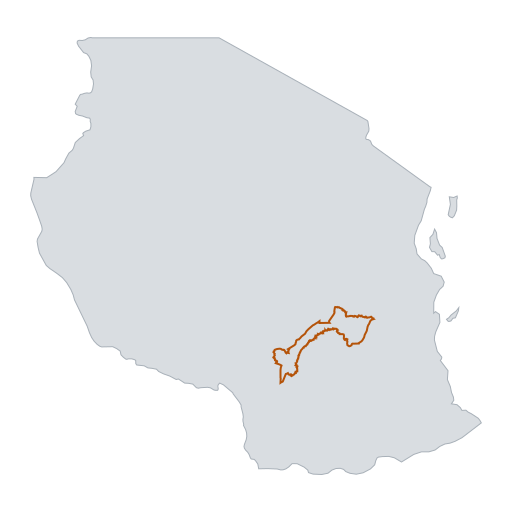 Kilombero, Morogoro, United Republic of Tanzania shown in context
{"feature_id": "72390352B25590445201102", "entity_name": "Kilombero", "entity_type": "district", "adm_level": 2, "iso_a3": "TZA", "parent_name": "United Republic of Tanzania", "parent_adm1": "Morogoro", "projection": "mercator", "projection_center": [36.337, -8.562], "detail": "fine", "context": "in_parent", "style": "outline", "palette": "amber", "viewbox_px": 512, "rotation_deg": 0, "n_neighbors": 0, "source": "geoboundaries", "source_scale": "gbopen_adm2", "svg_char_len": 9406}
<svg xmlns="http://www.w3.org/2000/svg" viewBox="0 0 512 512"><path d="M176.2,379.5L169.6,376.0L163.6,373.9L158.7,371.5L156.5,369.2L151.9,368.3L147.9,367.9L144.2,365.8L136.7,365.0L135.8,363.6L135.7,360.4L134.4,359.6L131.6,358.8L128.6,358.8L126.8,359.3L125.8,359.1L123.3,357.2L121.0,354.8L120.2,351.1L116.7,348.6L112.7,346.7L101.6,346.9L99.9,346.3L97.2,344.4L94.2,341.3L91.7,337.6L89.5,332.8L87.2,326.2L74.5,299.9L73.2,294.9L70.8,289.4L66.7,282.6L62.4,277.6L56.5,273.1L49.9,268.6L46.3,265.5L39.5,253.2L38.1,247.4L37.1,241.4L37.5,239.0L41.8,231.3L42.2,229.1L41.7,226.2L39.6,220.1L36.9,212.6L31.5,199.1L30.7,195.7L30.8,193.1L34.0,179.3L33.9,177.4L46.7,177.7L56.0,171.7L64.0,162.7L65.7,158.9L68.9,153.1L72.2,150.3L73.4,148.3L75.3,142.5L79.5,138.6L83.6,135.6L82.8,133.5L83.4,132.7L85.7,131.2L90.0,129.8L90.9,126.8L90.9,123.4L90.2,121.5L90.3,119.3L89.6,118.1L86.8,117.7L82.5,116.0L78.9,115.3L76.5,114.3L75.6,113.6L75.2,111.5L77.2,106.3L75.2,104.2L79.7,95.4L80.5,94.4L82.1,94.2L84.6,93.3L87.0,92.9L88.9,93.2L90.3,92.9L91.6,91.9L92.7,88.9L93.5,84.0L93.1,80.0L91.2,76.9L90.7,72.1L91.6,65.8L90.9,60.5L88.9,56.3L86.8,53.8L83.6,52.6L78.6,46.2L77.1,43.0L77.4,41.1L79.1,40.3L82.3,40.5L85.3,39.8L88.1,38.0L90.8,37.5L92.2,37.8L219.0,37.8L367.2,120.5L367.9,121.5L369.0,128.6L368.8,131.1L366.5,135.2L365.8,137.3L365.8,138.8L366.4,139.4L368.3,139.6L370.0,140.6L370.6,141.3L371.8,144.4L373.4,146.0L429.8,186.7L431.1,187.3L430.3,190.7L427.1,199.0L426.9,202.4L425.6,206.5L424.4,209.2L421.2,220.8L418.5,225.2L414.8,235.4L414.2,243.2L416.2,248.7L417.0,253.9L421.3,258.9L424.8,260.7L427.2,263.0L431.3,268.3L433.7,273.6L441.2,276.2L444.2,282.1L443.1,286.2L439.6,289.5L436.4,295.0L433.8,302.2L433.7,313.2L435.5,311.6L439.4,314.3L439.9,322.4L435.8,331.8L434.6,336.2L434.4,340.0L437.3,351.4L441.8,357.1L441.5,358.9L440.3,360.5L448.0,370.7L447.4,379.6L450.3,386.5L451.5,392.5L453.4,397.1L453.8,400.3L451.4,403.8L457.0,404.7L460.3,407.6L461.9,410.4L465.9,410.2L468.1,412.1L471.3,413.7L478.3,418.3L480.1,420.7L481.3,422.9L462.1,437.6L455.1,441.3L450.2,443.1L444.9,444.0L439.8,446.4L435.1,450.0L429.0,451.8L421.6,451.8L413.8,454.4L401.5,462.0L394.4,457.8L388.8,456.4L382.3,456.6L378.4,457.1L377.0,458.0L375.8,460.6L374.7,464.8L370.5,468.9L363.1,472.8L356.3,474.2L350.0,473.3L345.8,471.6L343.6,469.4L340.3,468.3L336.0,468.5L331.9,470.1L328.0,473.2L321.7,474.5L313.1,474.1L308.5,472.6L307.8,470.1L304.1,467.1L297.2,463.7L292.1,463.6L288.8,466.9L285.8,468.9L283.1,469.8L280.7,469.9L277.2,469.0L267.7,468.6L258.7,468.8L257.8,464.0L255.9,461.2L254.3,459.4L251.2,459.0L250.3,457.7L249.2,454.7L247.7,452.2L245.7,450.2L244.4,448.2L244.0,446.5L244.4,444.5L246.2,439.7L246.8,436.4L246.6,433.0L245.6,429.5L243.5,425.4L243.7,424.2L243.0,421.4L242.9,419.4L243.3,416.9L242.9,413.7L241.1,406.8L241.1,405.0L239.1,401.7L233.1,393.8L232.8,392.8L223.4,384.8L219.7,383.1L218.3,384.6L217.8,386.0L218.2,388.5L218.0,389.8L217.6,390.3L215.4,390.3L214.0,390.0L210.4,387.8L207.6,387.3L200.8,387.7L198.3,388.2L196.4,387.7L192.8,384.1L188.5,383.3L184.7,383.1L178.4,379.0L176.2,379.5ZM442.2,247.5L445.3,256.2L444.9,257.8L442.7,258.8L441.5,258.9L440.2,257.5L439.2,254.5L437.6,255.2L434.7,251.7L431.9,251.6L429.5,247.4L430.4,243.8L429.9,237.6L432.9,234.4L434.6,229.1L436.5,232.7L437.0,238.4L439.6,245.1L442.2,247.5ZM457.1,196.0L457.3,198.0L456.7,199.9L456.8,206.1L456.6,210.1L454.3,215.8L452.4,217.8L450.7,217.2L449.3,216.3L448.2,214.7L450.4,204.4L449.3,196.8L453.7,197.5L457.1,196.0ZM450.9,321.0L448.7,321.5L447.8,321.0L446.5,319.3L448.8,317.8L451.1,315.0L456.3,310.9L458.8,307.6L458.4,310.8L455.4,317.8L452.9,318.3L450.9,321.0Z" fill="#d9dde1" stroke="#a8b0b8" stroke-width="1"/><path d="M300.0,338.3L299.2,338.9L299.0,339.4L297.3,339.7L296.6,340.2L296.2,340.6L296.1,341.8L295.6,343.0L295.6,343.9L294.8,344.7L294.7,345.0L288.2,349.0L289.1,349.4L289.0,349.6L288.5,349.6L288.3,349.9L288.5,351.1L288.4,351.9L288.3,352.2L288.6,353.0L288.0,352.9L287.2,352.2L286.4,353.3L285.7,352.7L284.7,350.6L284.3,350.0L283.9,349.8L283.6,350.0L282.8,349.7L282.3,349.8L281.5,349.4L281.1,349.0L280.5,348.8L279.5,348.7L277.1,349.0L275.0,349.7L274.6,350.0L274.4,351.1L274.1,351.3L273.7,351.4L273.5,352.1L273.9,352.3L273.9,352.7L274.7,353.7L274.5,354.0L274.4,354.4L274.5,354.5L274.5,354.8L274.7,355.0L274.8,355.5L274.3,356.0L274.1,356.5L273.6,356.9L273.4,357.4L274.0,357.6L274.3,357.5L274.6,357.9L274.6,358.2L274.4,358.2L274.3,358.4L274.8,358.8L274.8,359.0L275.1,359.3L275.2,359.7L274.9,359.8L275.0,360.3L275.4,360.5L275.7,360.3L276.2,360.8L276.2,361.1L276.9,361.0L277.1,361.3L277.1,361.8L276.8,361.9L275.8,363.2L279.1,364.3L280.4,364.9L281.5,365.5L280.8,367.6L280.5,370.0L280.5,377.8L280.7,378.4L280.5,382.8L281.5,382.1L282.4,381.8L282.8,381.5L285.8,374.0L286.8,373.7L287.6,373.4L287.7,373.2L287.9,373.1L288.2,373.9L288.6,374.4L288.8,374.4L288.9,374.6L289.6,374.8L289.8,374.7L289.8,374.9L289.9,374.7L290.4,374.8L290.5,375.0L290.9,374.8L290.9,375.2L291.1,375.1L291.1,375.3L291.4,375.4L291.6,375.9L291.9,375.7L292.3,375.7L292.7,375.4L292.9,375.0L293.9,374.6L294.3,374.0L295.5,373.1L295.2,372.8L295.3,372.7L295.7,372.8L295.6,371.9L296.1,371.9L296.0,371.6L296.9,370.9L297.3,371.0L297.3,370.7L297.3,369.6L297.1,369.0L297.2,368.5L297.0,368.2L297.0,367.7L297.1,367.4L296.8,367.2L297.0,366.9L296.8,366.9L296.9,366.7L296.7,366.7L296.7,366.3L296.8,366.2L296.5,366.0L296.6,365.9L296.4,365.8L296.6,365.7L296.4,365.5L296.5,365.3L296.1,365.1L295.8,365.0L296.2,364.5L295.9,364.2L295.7,363.4L296.0,363.4L296.0,363.2L296.3,363.0L296.8,362.0L297.1,361.7L297.3,360.6L297.1,360.3L297.4,360.0L297.4,359.8L297.9,359.1L297.9,358.7L298.2,358.6L298.3,358.1L298.2,357.8L298.5,357.3L298.4,356.2L298.6,356.2L298.7,355.7L298.8,355.8L298.9,355.6L298.8,355.3L299.2,355.0L299.2,354.4L299.7,353.3L299.7,352.8L300.1,352.5L300.1,352.1L300.3,352.0L300.5,351.4L300.8,351.0L300.8,350.6L301.1,350.1L301.4,349.8L302.3,348.9L302.9,348.0L303.2,347.7L303.7,347.7L303.8,347.0L304.5,346.4L304.7,346.5L305.3,346.1L305.6,346.0L305.8,346.1L306.0,345.8L306.0,345.7L306.1,345.4L306.3,345.3L306.8,344.6L307.1,344.7L307.3,344.6L307.4,343.9L307.7,343.8L308.1,342.8L308.3,342.8L308.5,342.6L308.4,342.5L308.8,342.2L308.7,341.9L308.9,341.4L309.1,341.3L309.1,340.8L309.5,340.5L310.0,340.5L310.1,340.3L310.3,340.4L310.3,340.6L310.6,340.7L310.8,340.5L311.0,340.7L310.9,340.9L311.4,340.8L311.5,340.6L311.9,340.4L311.9,340.2L312.3,340.1L312.5,339.9L313.0,339.6L313.5,339.7L313.5,339.4L313.7,339.0L313.8,339.0L313.9,338.7L314.0,338.7L314.0,338.8L314.2,338.6L314.5,338.3L315.0,338.3L314.9,338.2L315.1,338.0L315.4,337.8L315.0,337.7L315.2,337.4L315.1,336.8L315.2,336.6L315.4,336.4L315.5,336.0L315.8,336.2L315.7,335.9L316.1,335.9L316.0,335.6L316.6,335.6L316.7,335.4L317.5,335.2L317.6,334.8L317.8,334.9L318.4,334.6L318.6,334.6L318.8,334.4L318.7,334.2L319.0,334.3L319.2,334.1L319.3,333.8L320.0,333.7L320.3,333.5L320.3,333.0L320.1,332.9L320.5,333.0L320.6,332.7L320.9,332.5L321.1,332.7L321.3,333.0L321.6,332.7L322.1,333.1L322.3,333.2L322.3,332.7L322.7,332.8L322.6,332.6L322.7,332.4L322.8,332.0L323.1,332.2L323.1,331.4L323.7,331.5L324.1,331.2L324.2,330.8L325.1,330.8L325.3,330.6L325.3,330.2L325.5,330.5L326.4,330.3L326.6,330.6L327.2,330.6L327.3,330.4L327.2,330.1L327.6,330.0L327.7,329.7L328.0,329.8L328.2,329.1L328.5,329.3L328.5,329.8L329.0,329.6L329.1,329.1L329.6,329.4L329.8,329.8L330.5,329.3L330.8,329.6L331.4,329.3L331.8,329.4L332.6,328.7L332.7,328.8L332.8,329.1L333.0,329.2L333.1,328.6L333.7,329.0L334.0,328.6L334.5,328.9L334.9,328.7L335.2,328.8L335.8,328.7L336.4,328.8L336.6,329.0L336.8,329.1L336.8,329.3L337.4,329.6L337.4,329.8L337.5,329.9L337.2,330.0L337.3,330.2L337.1,330.3L337.2,330.6L336.8,331.5L337.1,331.9L337.7,332.0L338.1,333.0L338.9,333.0L339.1,333.2L339.6,333.4L339.6,334.1L342.6,334.1L343.7,334.5L344.0,335.9L343.8,338.2L344.1,339.1L344.6,339.5L344.7,339.9L345.0,340.0L345.2,339.3L345.7,338.9L346.2,338.8L346.6,338.9L347.4,339.3L347.0,341.0L347.4,341.6L347.1,343.4L347.4,345.1L347.7,345.4L348.1,345.5L349.1,346.2L349.5,346.2L350.3,346.0L350.8,345.6L351.5,345.3L351.7,344.5L352.1,343.8L352.7,343.6L353.3,343.7L358.9,343.5L359.0,342.9L361.4,341.4L362.3,340.4L363.7,338.1L364.2,337.0L364.7,334.9L366.3,331.8L366.8,330.7L367.6,326.7L368.4,324.8L369.0,324.1L370.3,321.0L371.2,320.1L372.0,319.6L373.6,319.1L373.3,318.9L373.4,318.4L372.0,317.9L371.5,316.9L371.1,316.7L370.8,316.9L369.3,317.4L367.9,317.5L367.1,317.8L366.1,316.7L365.5,316.6L365.3,316.8L365.2,317.3L364.4,317.3L364.0,317.0L362.6,316.8L362.1,316.4L361.7,315.7L360.8,316.3L360.6,316.3L359.9,315.6L359.5,315.7L359.3,315.6L359.3,315.8L358.7,315.7L358.4,315.8L358.4,316.1L358.0,316.4L357.8,317.0L357.4,317.2L356.0,316.2L354.8,315.9L354.4,316.5L353.8,316.3L353.6,316.6L353.2,316.6L352.7,316.0L350.9,315.9L350.7,316.0L350.2,315.9L348.7,316.3L347.1,316.3L346.4,316.7L346.2,316.6L346.0,316.3L345.8,315.4L345.9,315.0L345.8,314.5L346.1,313.9L346.0,313.5L346.2,312.7L345.7,312.9L345.2,312.5L345.4,311.7L345.2,311.4L344.3,310.8L344.2,310.8L343.7,310.6L343.3,310.7L343.2,310.5L343.5,310.3L343.5,310.1L343.0,310.0L343.1,309.9L342.6,309.6L342.7,309.4L342.6,309.2L342.2,309.2L341.9,308.7L340.9,308.4L340.6,308.1L339.4,307.8L339.0,307.5L338.9,307.2L338.0,307.2L337.5,307.4L337.1,307.0L336.6,307.2L335.2,307.0L334.9,307.5L334.3,311.1L334.5,311.7L334.3,312.0L334.5,312.8L333.6,314.5L329.1,321.0L329.1,322.3L329.5,322.8L319.5,323.0L319.5,321.1L317.5,322.6L316.5,323.1L314.3,324.6L312.9,325.3L308.4,329.2L306.4,331.3L305.1,333.7L301.6,336.4L300.0,338.3Z" fill="none" stroke="#b45309" stroke-width="2"/></svg>